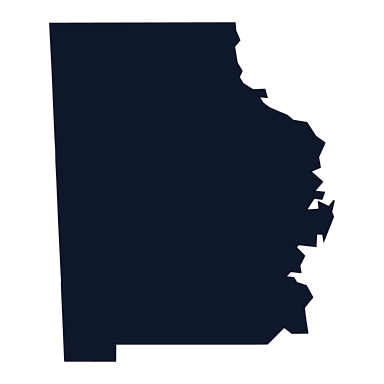 Washington, Alabama, United States of America
{"feature_id": "52423323B12485828442436", "entity_name": "Washington", "entity_type": "district", "adm_level": 2, "iso_a3": "USA", "parent_name": "United States of America", "parent_adm1": "Alabama", "projection": "albers", "projection_center": [-88.098, 31.407], "detail": "fine", "context": "isolated", "style": "filled", "palette": "ink", "viewbox_px": 384, "rotation_deg": 0, "n_neighbors": 0, "source": "geoboundaries", "source_scale": "gbopen_adm2", "svg_char_len": 1000}
<svg xmlns="http://www.w3.org/2000/svg" viewBox="0 0 384 384"><path d="M56.8,175.0L57.2,183.4L57.2,183.7L58.8,221.2L61.3,272.2L61.8,280.9L61.6,284.2L62.0,293.3L62.0,294.0L64.9,360.9L115.4,361.0L115.5,343.9L253.6,343.9L267.4,343.8L284.1,327.0L292.0,333.1L307.6,332.9L305.0,315.6L304.1,307.6L312.5,297.3L306.2,285.9L296.6,282.6L293.7,277.8L285.3,277.0L290.5,271.3L300.7,272.4L299.6,265.5L304.4,255.9L295.9,247.3L298.4,244.4L315.8,246.3L316.4,233.8L322.9,234.0L323.9,240.4L333.3,216.7L331.4,211.9L334.1,200.4L328.8,206.9L318.6,201.9L319.3,209.4L306.0,210.3L314.1,197.9L321.8,199.1L324.2,192.4L314.1,191.4L322.3,181.8L310.4,171.4L320.1,167.2L318.3,157.1L324.7,142.9L315.6,136.4L306.7,122.7L293.0,120.5L287.4,115.7L269.2,107.9L263.0,103.2L258.6,96.5L266.9,97.2L264.7,89.5L253.0,90.0L242.8,83.6L239.0,77.1L241.8,71.0L237.0,62.9L234.3,46.5L239.6,40.2L235.5,30.6L234.9,23.0L49.9,23.5L52.1,66.3L52.2,67.6L55.2,137.8L55.9,148.6L56.1,161.4L56.8,175.0Z" fill="#0f172a" stroke="#020617" stroke-width="1.5"/></svg>